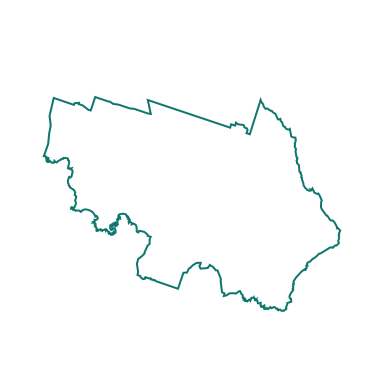 the district of Colac Otway, Victoria, Australia, rotated 280°
{"feature_id": "25037944B58594911461534", "entity_name": "Colac Otway", "entity_type": "district", "adm_level": 2, "iso_a3": "AUS", "parent_name": "Australia", "parent_adm1": "Victoria", "projection": "natural_earth1", "projection_center": [143.55, -38.439], "detail": "fine", "context": "isolated", "style": "outline", "palette": "teal", "viewbox_px": 384, "rotation_deg": 280, "n_neighbors": 0, "source": "geoboundaries", "source_scale": "gbopen_adm2", "svg_char_len": 5957}
<svg xmlns="http://www.w3.org/2000/svg" viewBox="0 0 384 384"><g transform="rotate(280 192 192)"><path d="M201.5,39.9L201.8,41.5L201.1,42.2L200.7,43.8L200.1,42.5L199.6,42.5L199.2,43.1L199.5,44.5L198.7,45.4L198.1,44.8L198.2,43.5L197.8,43.2L196.5,44.2L196.6,45.7L197.6,46.6L197.4,47.9L196.7,48.4L196.5,49.7L196.9,51.0L198.8,51.1L197.9,52.3L197.6,53.6L199.3,54.9L201.0,57.2L201.7,57.4L202.4,59.5L203.3,59.5L203.6,63.2L203.3,64.0L201.8,64.4L201.6,65.2L200.1,65.9L193.9,65.7L193.6,66.3L194.2,67.6L193.9,68.2L194.3,69.0L193.3,68.5L193.0,70.0L191.5,70.9L186.1,70.6L185.2,69.7L185.6,68.5L185.1,68.3L181.3,67.8L179.1,68.5L178.2,69.3L177.1,69.4L176.3,70.8L175.5,70.8L173.3,75.7L171.0,77.2L168.7,77.0L167.7,78.6L166.8,78.9L163.4,78.4L160.6,79.8L156.8,79.0L155.9,78.1L156.2,76.6L155.9,75.7L154.5,75.7L154.5,77.0L153.9,77.9L154.5,78.0L154.5,78.8L153.3,80.7L153.8,81.4L154.0,84.4L153.2,85.9L153.9,86.1L154.1,86.9L155.2,87.5L156.1,89.1L156.5,91.2L156.1,94.7L154.9,97.7L151.9,100.8L150.9,101.1L151.2,102.2L151.8,101.7L151.8,102.3L150.3,103.7L149.0,103.7L147.6,102.0L147.7,101.0L146.7,101.4L145.4,99.8L145.1,100.3L144.7,100.0L145.0,101.3L143.8,101.6L144.2,102.0L143.8,102.6L142.2,102.8L141.8,102.0L141.8,102.4L141.2,102.3L140.8,103.7L139.6,104.1L139.4,104.6L137.4,104.5L137.1,104.9L137.5,106.2L138.5,106.3L138.8,108.0L139.4,108.3L139.2,109.3L138.4,109.4L138.6,110.0L138.2,110.3L139.0,110.8L139.1,111.7L139.9,112.5L139.6,113.1L140.4,113.7L140.1,114.3L139.6,114.3L139.9,114.5L139.7,115.1L138.5,115.9L138.3,117.3L137.6,117.6L137.1,117.0L136.6,117.3L136.5,117.7L136.9,117.3L137.3,117.8L137.1,119.1L136.4,118.8L135.9,119.3L136.0,120.0L136.4,119.4L137.2,120.2L136.9,120.5L137.1,122.0L138.2,122.0L138.5,121.5L139.3,121.9L138.8,122.5L139.2,122.5L139.2,123.3L138.3,123.4L138.5,123.7L140.6,123.5L142.4,122.4L142.7,120.9L141.0,120.0L140.6,119.0L141.0,118.5L141.6,118.7L142.2,117.6L145.0,117.3L145.3,117.8L145.0,118.5L144.5,118.2L143.9,118.7L144.1,119.6L146.0,119.0L145.9,119.8L146.6,119.8L146.0,120.7L147.9,120.7L148.5,121.6L147.9,121.7L148.5,122.8L148.2,123.2L147.6,122.4L145.0,122.8L145.9,123.8L146.5,123.6L147.3,124.6L149.3,123.7L150.8,123.8L151.7,123.1L151.9,123.9L152.7,123.4L153.5,123.7L153.1,124.8L153.5,125.1L153.4,125.9L154.3,125.6L154.4,124.9L155.2,124.9L155.4,123.7L156.1,123.6L157.4,124.4L158.7,127.9L158.4,130.9L156.5,132.1L157.1,132.5L156.6,133.4L155.8,133.4L155.2,134.4L154.3,133.8L153.8,135.6L152.9,135.5L152.2,134.7L150.8,135.1L152.2,136.0L151.5,136.4L151.6,136.9L151.0,138.2L149.7,138.2L150.8,139.8L149.9,142.2L148.2,143.4L143.3,144.5L142.9,146.2L144.2,146.4L144.7,147.0L144.4,152.0L142.5,155.4L141.7,156.1L141.1,156.0L140.7,159.1L137.9,158.5L133.6,159.3L131.5,157.6L124.6,155.8L123.2,155.9L120.1,153.8L116.8,150.7L111.8,150.2L103.8,152.8L100.7,152.8L100.3,155.6L99.2,156.1L97.8,158.5L98.0,159.9L98.6,160.8L99.5,160.5L100.1,161.1L99.5,164.0L99.7,166.1L99.6,166.6L98.8,166.6L98.9,168.7L98.5,168.9L98.4,169.6L98.8,170.6L97.9,172.1L94.3,195.0L111.0,197.6L111.8,201.0L116.2,202.3L117.0,203.4L120.0,205.5L123.0,208.9L123.8,212.9L122.3,212.9L120.4,212.1L118.0,213.7L119.9,220.8L121.3,221.1L122.3,222.2L123.2,222.2L122.0,225.5L119.0,229.1L119.2,230.8L111.4,235.5L109.2,235.7L98.4,239.0L97.9,241.5L97.5,241.7L95.1,241.4L96.3,244.1L98.7,246.5L99.7,251.4L99.5,252.8L102.5,255.6L102.7,256.6L100.4,258.1L99.2,259.9L96.9,260.2L96.5,259.6L96.8,261.1L96.2,261.0L95.7,261.7L94.8,261.6L94.9,262.4L95.5,262.4L95.1,262.8L95.6,263.0L94.7,263.7L94.0,263.4L94.0,264.4L94.5,264.1L94.5,264.6L93.9,265.4L96.0,267.1L95.0,268.3L97.7,268.8L98.3,269.3L98.4,270.7L98.9,271.0L98.1,271.2L98.0,272.3L96.9,272.6L97.3,273.1L96.8,273.4L97.2,273.8L96.4,273.6L96.5,275.1L93.9,276.2L93.9,277.5L94.8,278.8L91.4,279.6L91.7,280.1L90.8,281.1L90.9,281.6L91.4,281.3L92.8,282.9L90.9,283.6L90.2,283.2L89.4,283.5L89.7,285.2L90.6,285.9L90.0,286.3L90.0,287.3L92.3,289.1L91.4,290.0L91.4,290.7L93.0,292.6L92.7,294.0L91.8,295.1L92.0,296.2L91.6,296.8L90.8,296.8L90.5,297.7L91.1,298.1L91.5,299.2L90.5,300.8L91.0,303.1L91.5,303.1L92.9,305.1L93.8,305.2L94.6,304.6L97.9,305.3L99.2,305.1L101.2,308.8L104.0,308.0L103.9,307.4L104.7,306.6L106.0,306.1L108.7,306.6L113.1,308.7L114.0,307.9L115.1,308.4L116.4,307.8L118.9,308.2L118.9,307.6L120.1,308.0L121.6,307.5L126.4,309.6L132.8,313.8L134.8,315.7L134.8,317.1L135.2,317.4L135.9,316.9L136.7,318.0L138.4,317.9L138.9,317.4L140.3,317.8L140.2,318.1L141.0,317.7L142.4,318.1L144.1,320.4L147.2,322.5L147.9,323.7L151.4,326.6L153.1,327.6L154.2,329.7L161.3,337.6L161.8,339.3L161.5,340.4L163.4,341.6L164.3,342.5L164.4,343.6L167.0,345.5L169.1,344.5L171.7,344.9L174.9,344.1L175.5,344.5L176.4,343.9L179.7,344.7L181.7,342.1L181.4,341.0L182.7,340.9L187.0,337.5L188.4,335.5L188.0,334.1L188.8,332.4L191.6,330.0L192.2,329.1L192.1,328.5L197.7,322.7L199.5,321.6L204.7,320.9L206.2,321.3L211.1,318.0L212.4,316.7L211.8,316.0L212.6,312.6L216.4,310.0L214.8,309.3L214.9,308.7L214.6,309.0L213.9,308.6L213.6,307.2L213.9,305.5L215.8,302.7L218.0,300.7L220.0,300.1L223.7,298.0L225.1,297.8L225.5,297.0L227.2,297.1L228.9,295.9L230.1,295.7L230.1,294.7L230.7,294.3L237.0,292.6L238.9,290.2L240.1,290.2L241.2,289.5L242.4,290.1L243.5,289.5L244.2,289.7L244.8,288.7L250.0,286.9L252.2,287.0L254.7,285.2L256.0,285.4L257.2,284.8L260.8,285.3L263.5,284.4L263.4,281.4L264.0,280.1L271.1,277.4L270.3,276.6L270.2,275.6L270.7,273.6L272.5,271.9L272.3,271.4L273.1,270.2L276.3,268.6L277.3,267.0L279.3,266.3L278.7,265.5L278.5,264.0L283.4,260.6L284.7,257.6L285.8,256.4L285.6,255.4L287.3,251.7L286.7,250.0L287.5,249.0L288.8,247.7L291.0,246.7L292.3,245.0L294.6,243.6L258.9,238.9L259.4,235.5L262.8,236.0L264.3,234.7L264.2,234.1L264.9,232.3L266.5,231.7L266.9,230.9L266.7,225.4L267.9,223.3L264.9,222.9L265.5,218.8L262.0,218.4L274.9,132.5L261.7,137.9L261.7,134.8L263.9,120.3L263.5,116.3L265.3,104.4L265.1,99.1L266.8,95.4L266.6,93.9L268.7,80.2L254.7,78.1L255.0,75.5L258.2,69.5L259.0,65.0L260.2,65.1L259.0,60.9L257.3,60.6L260.6,39.5L242.1,38.5L233.1,41.3L224.7,41.2L214.3,42.0L201.5,39.9Z" fill="none" stroke="#0f766e" stroke-width="2"/></g></svg>